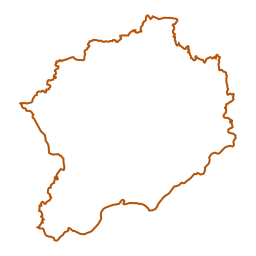 the district of Dak Rlap, Đắk Nông, Vietnam
{"feature_id": "81297802B2917427008212", "entity_name": "Dak Rlap", "entity_type": "district", "adm_level": 2, "iso_a3": "VNM", "parent_name": "Vietnam", "parent_adm1": "Đắk Nông", "projection": "albers", "projection_center": [107.508, 11.9], "detail": "fine", "context": "isolated", "style": "outline", "palette": "amber", "viewbox_px": 256, "rotation_deg": 0, "n_neighbors": 0, "source": "geoboundaries", "source_scale": "gbopen_adm2", "svg_char_len": 5653}
<svg xmlns="http://www.w3.org/2000/svg" viewBox="0 0 256 256"><path d="M235.7,138.1L235.4,137.6L235.5,135.4L235.3,135.1L232.9,133.5L230.6,133.3L229.8,132.7L229.0,132.7L228.4,132.1L228.2,131.5L228.3,129.7L229.1,128.9L232.6,127.3L231.9,123.7L230.1,122.1L230.0,121.7L230.3,121.4L231.9,121.4L232.2,121.2L232.1,120.7L230.7,119.6L229.6,119.5L228.7,118.3L228.0,117.9L224.9,117.8L223.6,116.7L223.5,115.9L224.2,114.3L225.7,112.8L226.1,111.8L226.1,108.8L225.1,108.2L225.0,107.6L226.2,106.6L226.2,104.4L226.8,103.9L228.4,103.5L229.5,102.3L231.3,101.5L233.4,99.6L233.6,99.1L232.8,97.4L233.5,96.1L233.6,94.1L233.1,93.9L232.3,94.5L231.7,94.5L230.2,93.5L227.9,94.8L227.2,93.9L226.9,91.7L228.2,89.2L227.7,88.3L227.3,86.5L227.2,84.8L226.4,82.5L226.4,77.5L226.9,76.1L226.2,74.7L226.1,73.0L225.7,72.3L223.3,71.5L221.7,69.8L221.0,69.8L219.9,70.3L219.3,70.1L218.9,66.5L218.4,64.1L219.3,62.4L219.3,61.6L218.6,60.3L219.8,57.8L219.8,57.0L218.4,56.6L217.5,54.9L216.9,54.8L216.2,55.6L215.9,58.5L215.3,58.4L214.4,57.1L213.7,57.2L213.0,58.2L212.2,58.5L210.6,57.2L209.8,57.3L206.6,58.9L204.9,62.4L204.5,62.6L204.1,62.4L203.0,60.0L199.9,59.3L196.9,57.5L196.0,56.2L195.5,56.4L195.5,56.7L195.7,59.5L195.0,60.1L193.5,60.1L192.5,58.6L191.2,58.2L190.7,55.7L189.9,54.7L189.7,52.9L189.3,52.5L188.1,52.4L188.2,51.4L189.2,50.6L189.0,49.9L187.9,49.1L188.7,47.9L188.3,46.3L187.6,46.2L186.0,47.8L185.5,48.7L184.7,49.0L184.0,48.7L179.7,45.2L178.8,43.4L177.9,45.3L177.3,45.6L176.7,45.1L175.5,42.8L175.7,41.3L174.9,40.5L174.8,39.9L175.1,37.2L173.7,36.9L173.5,36.5L174.7,35.0L174.9,34.2L174.6,33.7L173.2,33.1L172.9,31.2L173.0,30.5L174.1,29.4L174.2,27.3L174.0,26.6L172.7,25.2L172.7,24.9L173.3,24.4L175.4,23.8L176.3,22.0L177.3,21.1L177.3,19.5L175.7,18.7L170.4,17.9L163.9,17.8L159.9,19.0L158.5,19.2L157.8,18.5L152.7,16.4L151.9,17.8L150.6,19.0L148.1,15.6L147.4,15.4L146.6,16.0L146.1,17.1L145.8,20.2L144.9,21.1L143.7,21.7L143.6,22.5L142.8,23.1L142.8,24.8L142.3,25.6L140.8,27.2L140.6,28.6L141.3,31.4L141.1,31.7L140.1,31.4L137.8,32.7L136.5,32.6L135.9,32.4L135.7,31.8L134.5,31.5L135.1,30.2L133.9,30.3L132.9,30.5L130.7,32.1L129.5,33.2L128.2,35.5L121.8,35.4L120.8,36.0L120.2,35.9L120.2,37.0L121.1,37.9L121.2,38.7L117.2,42.1L116.1,41.7L115.9,40.6L113.7,39.9L113.1,40.0L112.4,41.2L110.3,40.9L108.9,41.7L105.5,41.3L104.1,41.9L103.6,41.6L102.0,41.5L101.0,40.6L98.8,41.0L97.1,40.2L93.6,39.9L93.0,39.9L91.8,41.0L89.6,41.3L89.4,42.4L88.0,44.0L88.1,45.1L89.4,45.7L89.4,46.0L88.4,47.5L87.4,47.9L87.3,49.1L84.8,50.6L84.5,52.0L85.1,53.9L84.3,57.5L84.3,59.5L83.9,60.0L83.1,60.3L80.7,59.9L79.2,60.1L76.4,59.6L74.9,58.9L73.5,57.2L71.2,57.5L65.8,59.7L65.2,59.6L64.8,60.0L62.5,60.4L61.8,61.1L60.6,60.3L59.5,61.0L59.2,60.4L57.9,61.5L56.6,61.4L56.1,62.1L56.5,63.2L55.5,64.4L55.5,65.2L56.2,66.0L58.2,66.3L58.6,67.2L58.2,68.3L55.8,69.5L54.8,70.7L54.9,71.2L55.7,71.7L56.0,73.7L54.1,75.3L53.9,76.4L55.7,77.0L55.9,77.5L55.4,78.0L53.9,78.2L53.1,79.7L51.8,79.9L50.6,80.5L48.5,80.1L47.8,80.8L47.1,84.1L47.8,84.7L49.3,85.0L50.0,85.5L50.4,86.3L50.2,87.1L49.1,88.3L48.9,89.2L48.0,89.6L46.4,89.4L46.2,89.6L46.2,91.7L45.6,92.4L44.8,92.4L43.6,91.0L42.9,90.7L42.2,90.8L41.2,91.8L39.7,91.4L37.7,91.9L36.9,92.8L36.8,95.0L35.5,95.3L34.2,96.6L33.8,97.7L32.8,98.7L32.4,101.1L31.9,102.0L31.2,102.4L27.7,103.4L26.3,103.4L24.2,102.8L22.5,103.2L21.2,103.0L20.3,103.4L21.9,105.2L21.9,106.4L22.6,107.5L23.4,108.1L25.3,108.4L25.7,108.7L26.0,110.2L27.0,110.9L29.6,110.9L30.7,111.4L32.0,112.6L32.6,114.0L33.4,114.6L32.5,116.2L32.8,117.8L33.9,118.5L34.6,119.6L40.8,131.1L45.0,135.2L45.0,136.7L45.5,137.8L45.5,140.2L47.8,143.8L48.7,146.5L48.9,151.9L49.3,153.2L52.7,154.5L58.5,154.2L59.7,155.5L61.2,155.9L62.3,157.6L63.5,158.6L63.3,159.4L63.8,164.4L64.4,166.7L64.1,169.6L63.5,170.0L61.0,169.1L60.3,169.5L59.5,170.8L57.1,174.0L56.4,175.7L57.3,177.2L57.7,178.5L57.6,179.3L57.1,179.5L56.7,179.2L55.4,177.1L54.8,177.3L54.9,179.4L54.2,181.2L54.2,182.8L52.5,183.6L50.9,185.2L50.6,186.0L50.9,187.4L50.6,187.7L49.1,187.8L48.5,188.5L48.1,189.8L47.8,192.0L48.0,192.9L50.2,194.8L50.3,195.4L49.9,196.5L51.2,197.4L51.1,197.8L49.8,200.0L46.5,202.1L45.4,204.0L44.6,203.8L42.8,201.8L42.3,201.8L41.7,202.4L41.2,203.1L41.2,204.2L40.3,204.9L41.3,205.2L41.4,205.6L40.0,205.9L39.5,206.3L39.6,208.3L39.1,210.4L39.2,211.0L40.8,211.3L42.0,213.5L42.4,215.8L41.1,216.4L41.1,216.7L42.7,218.0L43.7,219.6L42.4,219.8L42.1,220.3L42.8,222.6L41.5,222.5L40.9,224.1L39.8,225.3L39.4,226.3L37.7,227.4L39.7,228.4L42.6,228.5L43.6,229.4L44.4,232.2L45.9,235.3L48.5,236.5L50.9,236.7L53.5,237.8L54.0,238.3L54.4,240.1L56.0,240.6L56.9,240.6L57.7,240.1L60.5,236.7L62.7,235.2L64.6,232.3L67.9,231.0L68.3,230.4L68.3,228.4L68.6,228.1L69.5,228.2L70.8,228.9L71.2,229.5L73.1,231.0L74.7,231.0L79.5,233.5L81.4,234.1L84.7,234.2L87.1,233.0L90.8,231.7L91.9,230.9L98.2,224.2L100.8,219.6L101.2,218.2L100.8,214.4L101.0,212.9L101.5,211.7L103.3,209.1L105.3,207.7L112.8,204.9L118.7,204.0L119.6,203.3L121.0,201.1L122.2,199.9L123.2,199.9L124.3,200.8L124.3,201.5L123.3,203.4L123.4,203.9L123.9,204.2L125.3,204.2L129.7,203.0L137.7,203.2L139.2,204.1L140.6,203.8L143.9,204.8L146.4,206.6L147.2,207.7L148.3,208.3L148.8,210.1L149.2,210.5L152.3,210.4L155.3,209.0L157.1,206.7L157.8,204.8L159.8,201.8L161.4,200.1L162.4,198.5L164.7,196.2L168.2,194.0L169.6,192.8L174.2,186.5L176.0,186.3L179.2,185.0L181.6,182.6L183.6,183.3L184.5,183.1L186.8,181.0L190.5,178.3L194.3,174.0L196.4,174.1L197.6,172.9L200.6,174.5L203.4,173.8L204.3,172.4L205.0,170.1L204.9,167.5L208.1,164.3L209.2,162.7L209.7,159.8L209.2,157.3L211.1,154.5L212.2,153.6L214.6,152.6L217.8,153.7L219.4,153.3L223.4,149.0L225.3,147.3L226.8,146.7L229.9,145.8L232.5,146.5L233.2,146.2L233.9,145.1L233.4,141.7L234.2,140.0L235.7,138.1Z" fill="none" stroke="#b45309" stroke-width="2"/></svg>